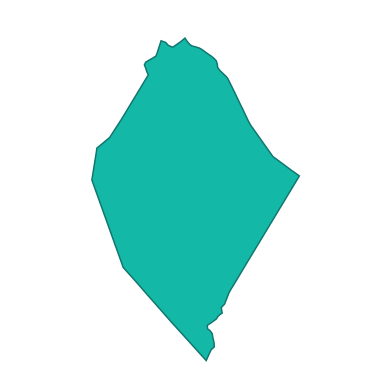 Malhada de Pedras, Bahia, Brazil (Albers equal-area conic projection), rotated 44°
{"feature_id": "56859067B79149246141115", "entity_name": "Malhada de Pedras", "entity_type": "district", "adm_level": 2, "iso_a3": "BRA", "parent_name": "Brazil", "parent_adm1": "Bahia", "projection": "albers", "projection_center": [-41.852, -14.352], "detail": "fine", "context": "isolated", "style": "filled", "palette": "teal", "viewbox_px": 384, "rotation_deg": 44, "n_neighbors": 0, "source": "geoboundaries", "source_scale": "gbopen_adm2", "svg_char_len": 1127}
<svg xmlns="http://www.w3.org/2000/svg" viewBox="0 0 384 384"><g transform="rotate(44 192 192)"><path d="M80.0,86.2L79.5,91.4L77.6,101.2L73.2,103.0L69.2,102.7L64.7,104.7L70.7,116.9L71.6,119.4L70.7,123.0L69.4,127.4L68.5,130.8L69.5,133.7L72.5,135.0L75.8,136.8L79.2,138.1L90.6,188.1L94.9,210.0L93.1,226.5L96.0,230.5L111.6,252.9L176.2,284.8L184.5,288.9L195.0,294.1L206.6,294.9L214.6,295.5L231.7,297.0L266.2,299.8L319.3,303.4L316.7,296.2L315.4,292.3L315.6,287.9L312.6,285.1L308.4,282.4L304.8,279.8L301.3,279.2L298.2,279.6L295.6,277.2L296.5,273.4L297.2,269.7L297.7,266.5L297.1,263.3L297.3,260.7L297.8,258.0L295.7,256.6L293.3,254.8L293.3,250.0L288.6,238.8L287.4,234.1L286.6,230.4L285.0,223.3L282.3,211.8L263.8,130.8L258.1,105.9L253.5,106.5L248.6,107.3L241.5,108.2L225.6,110.3L195.8,104.7L187.4,103.1L183.2,101.8L179.8,100.5L170.0,96.8L166.5,95.6L155.0,91.3L152.3,90.3L145.0,87.7L139.5,85.7L136.8,85.2L130.7,85.2L127.2,85.2L123.8,84.5L121.4,82.5L118.4,80.8L115.1,80.6L111.4,80.9L107.4,81.6L103.3,82.2L99.7,82.7L97.2,83.4L93.8,85.1L90.4,87.0L87.8,87.4L84.2,87.1L80.0,86.2Z" fill="#14b8a6" stroke="#0f766e" stroke-width="1.5"/></g></svg>